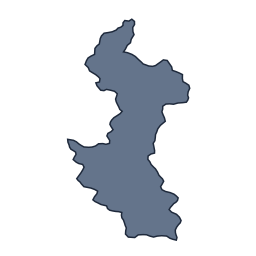 Maria da Fé, Minas Gerais, Brazil (Equal Earth projection), rotated 274°
{"feature_id": "56859067B31532504682231", "entity_name": "Maria da Fé", "entity_type": "district", "adm_level": 2, "iso_a3": "BRA", "parent_name": "Brazil", "parent_adm1": "Minas Gerais", "projection": "equal_earth", "projection_center": [-45.308, -22.318], "detail": "fine", "context": "isolated", "style": "filled", "palette": "slate", "viewbox_px": 256, "rotation_deg": 274, "n_neighbors": 0, "source": "geoboundaries", "source_scale": "gbopen_adm2", "svg_char_len": 2806}
<svg xmlns="http://www.w3.org/2000/svg" viewBox="0 0 256 256"><g transform="rotate(274 128 128)"><path d="M73.9,80.4L72.2,81.9L70.8,83.9L69.0,85.4L66.4,88.1L65.5,95.2L64.3,99.2L62.9,102.1L60.3,101.6L57.1,99.4L53.9,98.0L52.3,100.3L51.3,102.9L49.8,106.4L48.8,112.1L46.2,113.2L44.7,115.5L44.2,118.6L43.9,121.6L43.9,124.5L43.3,127.7L40.6,127.5L37.9,128.2L36.0,129.8L33.3,131.0L30.4,132.1L28.2,133.3L25.3,132.9L22.0,132.9L19.2,135.9L19.2,142.4L22.1,145.7L22.7,150.5L22.8,153.9L21.7,157.4L21.0,161.1L22.2,164.7L22.9,169.1L22.9,174.1L20.9,177.6L20.1,180.6L19.5,184.0L22.2,184.5L24.9,183.3L26.9,182.6L29.6,182.3L32.6,183.5L35.1,185.1L37.0,186.7L39.4,187.4L42.6,185.5L45.3,182.4L47.1,177.3L49.5,174.7L51.7,175.8L53.9,177.5L55.8,178.9L57.2,180.9L59.1,182.4L61.8,182.9L63.8,180.6L65.2,178.5L66.5,174.6L67.3,169.8L68.8,166.2L71.7,164.6L74.5,166.0L77.4,167.3L79.7,165.9L81.4,163.9L83.1,162.1L86.1,160.5L89.2,158.2L90.9,156.1L93.2,153.6L95.9,152.1L98.1,150.0L101.5,150.0L103.7,152.8L104.8,156.2L107.4,156.1L110.8,155.2L114.5,154.2L117.2,155.7L120.5,155.9L123.3,155.9L126.0,156.9L129.3,157.8L132.9,160.1L135.2,162.5L137.3,164.7L140.5,163.7L143.9,161.9L146.5,160.7L149.4,161.3L152.1,161.1L154.5,164.1L155.0,167.8L154.9,171.8L156.4,176.0L157.1,180.9L157.8,184.4L159.8,185.6L162.3,186.3L164.9,185.2L168.4,185.5L171.9,186.8L174.9,185.7L176.7,182.6L178.1,179.6L181.1,178.8L185.1,178.6L186.5,175.2L187.6,171.9L188.6,168.2L192.0,167.3L195.1,164.8L198.1,162.4L198.4,158.5L195.9,155.6L194.3,153.6L192.2,151.1L191.2,148.2L191.3,144.3L192.2,141.4L192.9,138.7L195.0,136.3L197.1,133.6L199.8,130.4L201.7,126.8L203.1,122.2L203.6,118.2L206.5,119.9L210.4,121.5L213.2,124.5L216.7,125.0L219.1,126.2L221.5,127.5L224.5,126.2L228.6,125.7L231.7,127.3L234.8,127.0L236.8,124.2L234.7,121.4L235.0,117.3L232.6,115.7L229.9,115.8L228.0,113.7L227.0,111.1L224.9,109.4L222.9,105.6L221.9,101.9L220.9,97.5L218.0,95.1L215.3,94.1L212.4,93.8L209.8,93.5L207.8,91.3L205.2,89.5L202.4,89.5L199.1,89.5L197.1,86.0L195.1,83.3L192.3,81.9L188.4,80.7L185.5,84.1L182.3,85.7L180.7,88.7L179.1,91.9L177.0,94.9L175.3,96.6L171.9,96.3L170.8,92.8L168.0,94.1L165.7,96.3L163.8,98.1L163.6,101.4L165.0,103.8L164.5,107.7L163.7,112.0L161.4,114.9L158.9,114.4L156.0,113.6L153.4,114.4L151.2,115.6L148.4,117.3L145.9,118.6L144.3,121.0L141.9,119.3L139.5,116.2L137.3,113.2L134.8,111.2L132.5,110.0L130.4,109.7L128.1,111.1L125.3,113.2L123.2,111.4L121.2,108.3L118.6,107.5L116.4,109.1L114.4,110.6L111.4,110.6L110.2,107.1L110.7,104.0L110.2,99.7L107.8,96.9L106.5,93.5L106.0,90.1L106.0,85.4L107.4,82.4L108.7,80.1L110.6,77.5L111.9,74.5L112.2,71.6L112.5,68.6L109.6,69.1L107.0,70.4L104.8,71.1L102.8,72.6L101.6,75.1L100.3,77.4L98.0,78.0L95.4,76.6L92.7,75.5L90.3,78.7L89.1,81.4L88.5,85.3L85.9,86.9L83.3,85.9L80.0,84.2L76.8,82.2L73.9,80.4Z" fill="#64748b" stroke="#1e293b" stroke-width="1.5"/></g></svg>